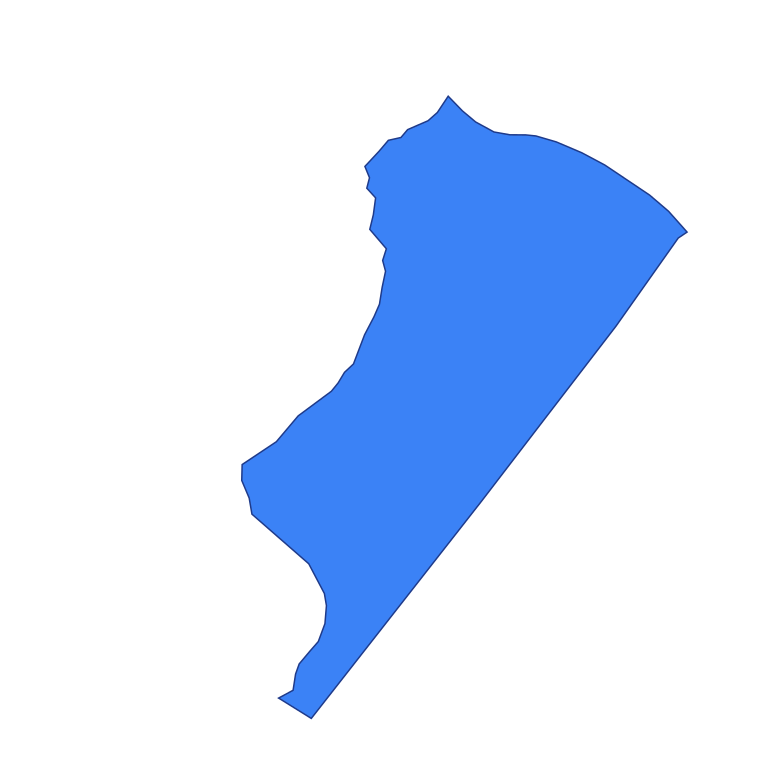 Lupionópolis, Paraná, Brazil, rotated 38°
{"feature_id": "56859067B97395600042242", "entity_name": "Lupionópolis", "entity_type": "district", "adm_level": 2, "iso_a3": "BRA", "parent_name": "Brazil", "parent_adm1": "Paraná", "projection": "robinson", "projection_center": [-51.683, -22.744], "detail": "fine", "context": "isolated", "style": "filled", "palette": "blue", "viewbox_px": 768, "rotation_deg": 38, "n_neighbors": 0, "source": "geoboundaries", "source_scale": "gbopen_adm2", "svg_char_len": 882}
<svg xmlns="http://www.w3.org/2000/svg" viewBox="0 0 768 768"><g transform="rotate(38 384 384)"><path d="M257.4,117.7L258.9,137.2L256.6,149.5L251.2,159.4L246.0,169.0L245.6,179.3L237.4,189.3L236.8,203.8L235.0,224.3L245.6,230.4L249.9,240.3L262.8,242.5L271.4,257.2L277.6,270.9L302.6,276.0L306.9,287.5L315.8,294.2L323.1,309.1L331.3,323.9L334.7,337.1L338.4,357.2L347.6,387.0L345.7,399.1L347.2,411.5L347.0,422.1L336.0,461.9L334.7,495.8L321.8,534.8L331.3,547.6L348.0,556.9L360.1,567.9L395.0,569.8L435.4,572.0L466.0,585.8L475.1,594.1L485.0,609.2L490.8,627.4L490.1,640.1L489.5,656.8L492.9,667.0L500.9,681.3L494.3,696.4L532.6,692.3L533.0,416.0L532.1,313.3L531.2,195.6L526.0,87.8L529.3,77.7L501.9,72.7L477.0,71.6L423.2,75.5L397.5,80.0L370.6,87.2L351.0,95.0L342.4,100.4L329.8,110.1L315.5,117.7L294.9,121.1L277.6,120.5L257.4,117.7Z" fill="#3b82f6" stroke="#1e3a8a" stroke-width="1.5"/></g></svg>